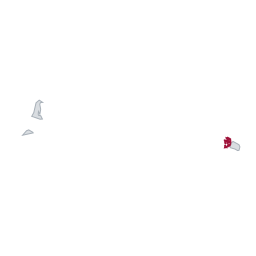 location of Motu, Tonga, rotated 76°
{"feature_id": "48082658B71435976816388", "entity_name": "Motu", "entity_type": "district", "adm_level": 2, "iso_a3": "TON", "parent_name": "Tonga", "parent_adm1": "", "projection": "orthographic", "projection_center": [-174.08, -18.719], "detail": "fine", "context": "in_parent", "style": "filled", "palette": "rose", "viewbox_px": 256, "rotation_deg": 76, "n_neighbors": 0, "source": "geoboundaries", "source_scale": "gbopen_adm2", "svg_char_len": 3454}
<svg xmlns="http://www.w3.org/2000/svg" viewBox="0 0 256 256"><g transform="rotate(76 128 128)"><path d="M93.0,211.8L94.0,211.8L95.0,209.7L98.6,208.9L98.2,211.2L93.4,218.6L90.3,215.7L81.3,211.1L79.5,207.4L82.5,204.6L82.2,206.9L83.7,207.9L88.7,208.2L93.3,210.2L90.4,210.9L93.0,211.8ZM174.3,29.3L171.8,33.6L170.5,33.5L167.5,31.1L166.4,29.4L171.0,24.4L173.4,24.0L176.5,25.7L176.4,27.1L174.3,29.3ZM109.8,221.2L109.5,232.0L106.1,227.1L105.8,224.8L109.1,221.4L109.8,221.2Z" fill="#d9dde1" stroke="#a8b0b8" stroke-width="1"/><path d="M169.9,33.9L169.7,33.5L169.5,33.4L169.4,33.3L169.2,33.3L169.1,33.2L168.9,32.9L168.7,32.7L168.4,32.5L168.2,32.4L167.9,32.4L167.9,32.5L168.0,32.7L168.2,32.9L168.4,33.0L168.6,33.1L168.8,33.2L168.9,33.3L169.0,33.5L169.3,33.6L169.3,33.8L169.2,33.9L168.9,33.8L168.8,34.0L168.7,34.1L168.7,34.3L168.6,34.6L168.7,34.8L168.8,35.0L169.1,35.4L169.3,35.5L169.5,35.7L169.8,35.3L169.7,35.1L169.8,34.8L169.8,34.5L169.9,34.4L169.9,34.1L169.9,33.9ZM163.0,33.1L163.2,32.9L163.5,32.3L163.6,32.2L163.9,32.1L164.1,31.9L164.3,31.9L164.6,31.9L164.8,32.0L165.2,31.9L165.4,31.8L165.5,31.7L165.4,31.7L165.2,31.7L164.9,31.5L164.7,31.5L164.3,31.7L164.2,31.6L163.8,31.4L163.7,31.6L163.5,31.8L163.4,31.7L163.3,31.8L163.2,31.7L163.1,31.8L162.9,31.8L162.7,32.0L162.6,32.3L162.3,32.6L162.2,32.7L162.1,32.8L162.3,32.8L162.5,32.7L162.7,32.8L162.8,32.9L162.7,33.0L162.8,33.1L162.7,33.2L162.6,33.3L162.5,33.5L162.6,33.8L162.5,34.0L162.4,34.1L162.2,34.1L162.3,34.2L162.3,34.3L162.6,34.3L162.6,34.2L162.8,34.0L162.8,33.9L162.8,33.6L162.9,33.4L163.0,33.1ZM166.6,34.0L166.4,33.8L166.4,33.6L166.4,33.4L166.5,33.2L166.5,32.8L166.3,33.0L165.8,33.2L165.7,33.2L165.7,33.3L165.4,33.5L165.2,33.4L164.8,33.6L164.6,33.8L164.2,33.8L164.2,34.0L164.2,34.3L164.2,34.5L164.3,34.5L164.4,34.2L164.7,34.0L164.8,34.0L164.8,33.9L165.1,33.7L165.3,33.7L165.6,33.6L165.8,33.5L165.9,33.4L166.0,33.4L166.1,33.6L166.1,33.8L166.0,33.7L165.8,33.7L166.0,33.7L166.1,33.8L166.1,34.0L166.4,34.0L166.5,34.1L166.5,34.4L166.5,34.5L166.7,34.8L166.8,34.9L167.0,34.9L166.9,34.8L166.8,34.6L166.7,34.6L166.6,34.3L166.7,34.1L166.6,34.0ZM164.0,37.0L164.4,37.2L164.5,37.2L164.8,37.1L165.0,37.0L165.0,36.9L164.9,36.9L164.9,36.7L164.8,36.8L164.6,36.8L164.5,36.7L164.4,36.6L164.1,36.6L164.0,36.8L163.9,36.8L163.7,36.8L163.6,37.0L163.5,36.9L163.4,36.9L163.2,37.0L163.3,37.2L163.3,37.3L163.5,37.3L163.7,37.1L164.0,37.0ZM162.1,33.9L162.0,33.7L161.9,33.7L161.9,33.4L161.8,33.5L161.7,33.5L161.4,33.7L161.4,33.8L161.4,34.0L161.5,34.0L161.7,34.3L161.8,34.3L161.9,34.2L162.1,34.2L162.1,33.9ZM164.1,34.9L164.0,35.0L164.0,35.3L163.7,35.7L163.7,35.8L163.8,35.8L164.0,35.7L164.3,35.7L164.6,35.7L164.8,35.6L164.8,35.4L164.7,35.5L164.7,35.4L164.4,35.5L164.2,35.4L164.1,35.2L164.1,34.9L164.1,34.9ZM168.5,37.6L168.4,37.7L168.4,37.8L168.5,38.1L168.6,38.3L168.9,38.3L169.0,38.3L169.0,38.2L169.0,37.9L168.9,37.7L168.5,37.6ZM170.3,36.6L170.2,36.6L170.2,36.4L170.1,36.5L170.1,36.8L170.3,36.9L170.3,37.0L170.4,37.3L170.4,37.5L170.5,37.6L170.5,37.4L170.4,37.3L170.5,37.1L170.7,36.9L170.4,36.8L170.4,36.7L170.3,36.6ZM165.3,35.0L165.4,35.3L165.5,35.3L165.8,35.2L165.7,35.0L165.6,34.9L165.4,34.9L165.3,35.0ZM169.9,38.3L169.7,38.5L169.8,38.6L170.0,38.7L169.9,38.4L169.9,38.3ZM165.1,35.5L165.3,35.8L165.3,35.7L165.2,35.5L165.1,35.5ZM169.7,33.0L169.8,33.2L169.7,33.0ZM161.9,34.7L161.9,34.8L161.7,35.0L161.8,35.0L161.9,34.9L161.9,34.7ZM166.5,37.3L166.4,37.4L166.5,37.4L166.5,37.3Z" fill="#f43f5e" stroke="#9f1239" stroke-width="1.5"/></g></svg>